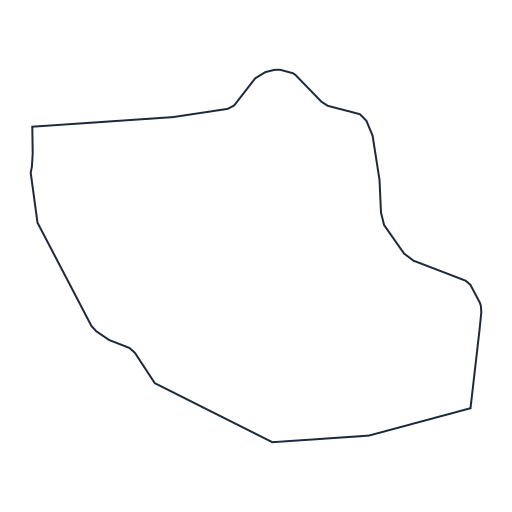 SVG path tracing the border of Newham
{"feature_id": "GBR-2770", "entity_name": "Newham", "entity_type": "London Borough", "adm_level": 1, "iso_a3": "GBR", "parent_name": "United Kingdom", "parent_adm1": "", "projection": "equal_earth", "projection_center": [0.049, 51.527], "detail": "fine", "context": "isolated", "style": "outline", "palette": "slate", "viewbox_px": 512, "rotation_deg": 0, "n_neighbors": 0, "source": "natural_earth", "source_scale": "10m", "svg_char_len": 594}
<svg xmlns="http://www.w3.org/2000/svg" viewBox="0 0 512 512"><path d="M154.8,383.2L134.9,352.8L129.5,348.0L109.1,340.0L96.3,331.3L91.4,325.9L37.5,222.7L30.7,172.7L31.9,166.7L32.7,153.3L32.3,126.7L173.0,117.1L227.9,108.8L234.2,105.4L255.2,78.3L265.4,72.1L274.7,69.8L280.3,69.8L292.8,73.2L295.3,74.8L321.4,101.7L327.7,105.8L359.9,114.2L366.4,120.8L372.6,135.7L379.5,179.9L381.0,212.6L384.1,225.1L404.1,253.6L413.5,260.7L465.6,280.7L470.4,284.8L479.9,302.8L480.9,306.0L481.3,312.6L479.4,331.0L470.5,408.2L368.8,435.6L272.3,442.2L154.8,383.2Z" fill="none" stroke="#1e293b" stroke-width="2"/></svg>